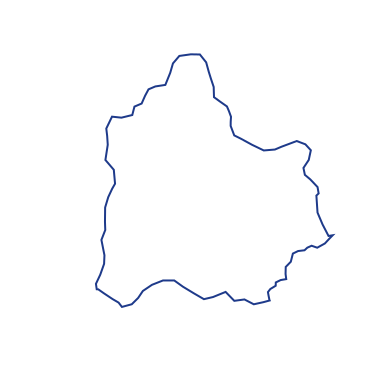 outline of Koilani, Limassol, Cyprus, rotated 157°
{"feature_id": "46923920B88504120231715", "entity_name": "Koilani", "entity_type": "district", "adm_level": 2, "iso_a3": "CYP", "parent_name": "Cyprus", "parent_adm1": "Limassol", "projection": "orthographic", "projection_center": [32.853, 34.839], "detail": "fine", "context": "isolated", "style": "outline", "palette": "blue", "viewbox_px": 384, "rotation_deg": 157, "n_neighbors": 0, "source": "geoboundaries", "source_scale": "gbopen_adm2", "svg_char_len": 1388}
<svg xmlns="http://www.w3.org/2000/svg" viewBox="0 0 384 384"><g transform="rotate(157 192 192)"><path d="M76.0,141.2L74.5,147.5L78.2,157.4L81.4,163.7L80.0,170.6L72.0,175.9L66.3,184.0L69.0,191.6L75.7,198.0L92.0,198.7L99.1,198.7L109.7,202.2L114.5,207.7L118.2,211.9L126.2,222.0L131.0,227.6L130.6,237.7L129.0,241.4L126.7,246.0L126.4,251.8L126.4,257.1L131.0,264.5L134.7,270.7L131.0,280.2L130.3,289.0L129.6,296.1L128.3,305.8L131.0,315.5L139.3,319.2L150.5,322.2L153.5,320.7L159.3,317.8L165.5,310.2L174.7,301.0L184.5,303.5L191.9,303.5L197.6,298.9L203.8,293.1L211.6,293.1L216.9,286.2L227.9,288.0L236.2,292.6L246.1,283.9L248.2,276.7L251.1,268.4L259.2,255.3L255.3,243.0L259.6,229.7L261.7,228.1L264.2,226.2L271.1,220.0L278.0,211.7L283.7,198.7L286.7,190.9L294.1,183.3L297.3,168.0L301.0,160.2L308.8,151.7L316.3,145.0L317.7,139.7L316.3,139.0L312.7,133.2L306.9,124.4L302.8,118.9L301.4,113.6L291.3,112.2L283.0,115.5L275.9,120.1L265.1,122.2L253.2,121.9L242.9,117.5L237.3,108.3L229.8,97.9L222.9,88.7L213.7,87.1L200.1,86.9L195.6,75.3L185.7,72.6L179.0,64.5L169.4,62.7L162.9,61.8L162.9,62.4L162.0,66.8L161.2,70.2L157.8,72.1L151.6,73.0L150.2,76.0L144.8,76.3L139.3,75.0L137.9,80.0L135.0,86.4L128.3,89.2L123.2,95.9L117.4,96.2L111.2,94.4L107.6,95.7L102.9,95.8L98.5,91.8L89.8,92.7L83.5,95.5L79.4,97.2L83.5,98.2L84.5,111.1L84.5,124.0L78.9,140.1L76.0,141.2Z" fill="none" stroke="#1e3a8a" stroke-width="2"/></g></svg>